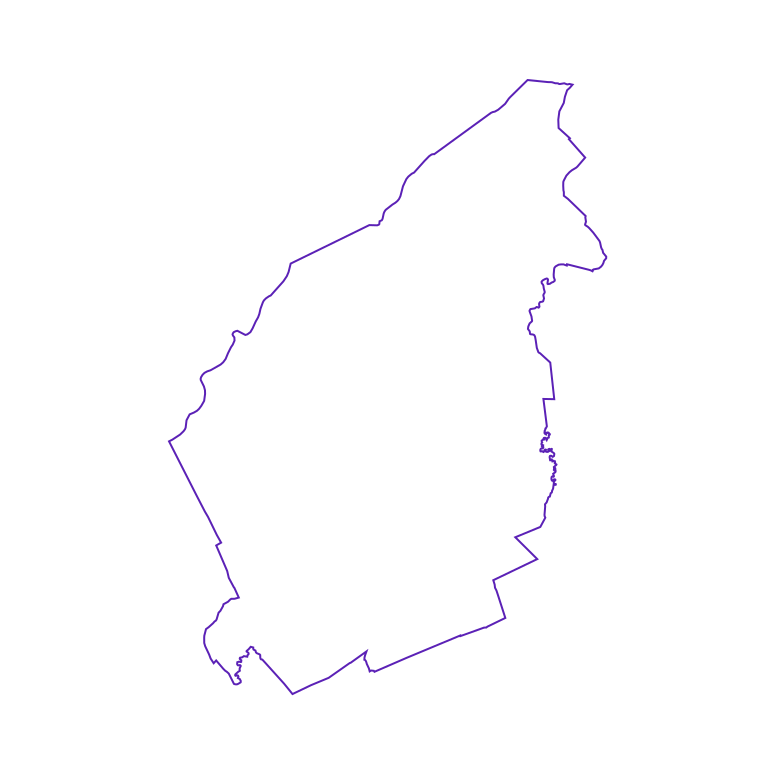 the district of Draganesti, Suceava, Romania, rotated 276°
{"feature_id": "2599482B31122548241895", "entity_name": "Draganesti", "entity_type": "district", "adm_level": 2, "iso_a3": "ROU", "parent_name": "Romania", "parent_adm1": "Suceava", "projection": "equal_earth", "projection_center": [26.414, 47.314], "detail": "fine", "context": "isolated", "style": "outline", "palette": "violet", "viewbox_px": 768, "rotation_deg": 276, "n_neighbors": 0, "source": "geoboundaries", "source_scale": "gbopen_adm2", "svg_char_len": 6094}
<svg xmlns="http://www.w3.org/2000/svg" viewBox="0 0 768 768"><g transform="rotate(276 384 384)"><path d="M333.0,560.2L334.5,557.4L335.9,557.7L336.9,557.7L337.0,557.4L336.7,556.9L335.9,556.8L335.4,556.5L335.4,556.1L336.7,555.3L336.5,554.6L336.0,554.1L335.5,554.2L335.1,555.0L334.4,555.1L333.7,554.2L333.5,553.2L333.7,552.1L334.1,551.8L335.6,551.9L335.7,551.6L335.5,550.9L335.0,550.5L333.3,550.1L333.0,549.7L333.7,548.2L333.3,547.1L333.4,546.7L334.2,546.4L335.3,546.4L336.0,546.8L336.3,547.2L336.4,548.1L336.8,548.8L337.3,549.1L338.2,548.9L338.0,548.1L338.5,547.6L339.8,548.5L339.9,548.3L339.8,547.4L340.0,547.1L340.8,546.8L341.7,547.0L342.3,547.4L342.8,547.0L344.1,546.7L344.4,546.9L344.6,547.5L345.5,548.0L345.6,549.0L346.7,548.5L347.1,548.7L347.3,549.3L347.3,550.4L345.3,551.7L347.4,552.4L348.0,553.5L350.4,553.2L350.7,553.4L350.8,554.0L351.4,554.2L351.8,553.4L352.7,552.9L352.9,552.3L352.9,551.9L352.4,551.7L352.3,551.4L352.5,550.6L350.8,550.4L351.4,549.2L352.1,548.7L354.4,548.7L355.6,549.2L356.7,549.2L357.1,549.7L358.9,550.4L385.8,544.1L386.7,554.9L422.7,547.1L430.9,536.0L431.4,534.7L431.8,534.2L435.9,532.2L443.4,530.3L446.8,529.3L448.0,528.6L448.5,528.0L448.8,526.9L448.8,524.6L449.1,524.0L451.6,523.4L453.8,521.4L456.3,521.5L459.5,522.5L461.7,524.5L462.3,524.7L466.6,523.6L471.5,521.2L472.3,521.1L473.8,521.8L475.0,526.1L476.5,527.7L476.5,528.2L476.1,529.8L476.4,530.1L477.1,530.5L479.6,529.9L480.4,529.9L481.2,530.3L481.9,530.8L482.3,532.6L482.9,533.6L485.8,534.2L488.8,533.2L489.7,533.3L491.7,534.2L492.4,534.2L495.8,532.9L498.3,532.3L499.3,531.8L500.7,530.4L502.0,530.0L502.7,530.3L503.8,531.2L505.0,532.9L505.9,534.7L505.8,535.5L505.3,536.0L504.8,536.2L501.3,536.0L500.7,536.2L500.5,536.6L501.0,538.5L502.4,540.1L503.2,541.7L504.4,542.9L505.3,543.0L508.0,541.7L510.6,541.3L516.3,541.2L517.5,541.4L518.9,542.4L520.9,545.2L521.4,547.3L521.7,550.1L520.9,553.4L522.2,553.5L519.0,575.9L518.7,577.5L517.9,579.6L518.7,579.9L519.4,579.8L519.9,580.5L521.4,585.5L523.4,587.6L525.3,588.8L527.1,589.5L529.6,590.0L532.2,591.8L533.9,591.7L537.4,588.2L540.3,587.2L541.1,586.4L542.7,585.6L547.3,584.1L548.8,583.3L556.3,576.4L560.5,571.8L561.7,570.2L563.0,567.6L563.7,567.3L566.5,567.9L570.8,566.8L572.1,567.0L587.3,547.6L590.0,543.2L593.7,542.8L595.4,542.2L600.0,541.5L603.7,541.2L605.0,541.5L610.3,543.6L614.0,546.3L616.2,548.5L619.2,552.5L620.4,553.6L630.2,560.4L646.8,542.3L647.8,543.2L656.8,530.9L665.1,529.7L673.5,529.9L682.3,533.4L688.5,533.9L695.3,535.4L698.1,537.9L701.4,540.2L701.8,537.0L701.2,535.5L701.2,534.5L701.9,531.8L700.7,527.5L700.7,526.7L701.2,525.5L701.0,522.9L701.7,519.4L701.4,515.5L701.3,495.0L683.0,479.9L680.9,478.3L675.3,475.2L668.7,468.9L666.5,465.8L665.8,463.7L664.8,462.0L617.8,409.9L617.8,409.0L617.2,407.3L615.3,405.1L610.0,400.9L597.4,391.8L596.0,389.6L592.8,386.5L590.1,384.8L582.6,382.2L572.6,380.7L569.5,379.6L567.4,378.2L565.5,376.4L563.3,373.6L557.4,367.5L555.6,366.5L553.7,365.9L548.1,365.3L546.6,364.7L545.4,362.6L542.5,362.6L541.9,362.2L541.1,360.6L540.5,352.8L494.0,278.6L485.4,277.4L481.1,276.1L475.6,273.2L460.2,262.1L459.2,260.4L456.8,257.6L454.5,255.8L452.6,255.0L445.9,253.3L440.7,252.7L437.1,251.8L432.8,249.9L425.6,247.5L421.6,245.7L419.1,242.9L418.3,241.0L421.6,232.6L420.9,230.8L419.8,229.1L418.5,228.4L417.4,228.2L416.3,228.8L414.7,230.3L411.6,230.8L407.4,229.5L404.6,228.0L398.2,225.6L392.4,223.9L388.8,221.8L386.3,219.5L379.5,210.0L378.1,206.9L376.3,204.3L374.2,202.6L371.7,201.4L370.1,201.1L368.9,201.3L362.7,205.2L359.1,206.6L355.5,207.1L348.5,206.9L347.5,206.5L343.2,204.6L340.0,202.7L337.8,200.8L335.7,197.9L333.5,193.9L327.3,191.4L319.9,191.3L318.2,190.8L316.1,189.6L312.4,186.5L306.5,179.3L304.5,176.2L253.9,209.0L238.4,219.2L233.4,222.9L216.4,233.5L209.2,238.6L205.9,234.0L181.6,247.6L175.0,249.9L166.0,256.0L165.8,256.4L156.4,261.9L154.8,257.9L154.4,254.6L153.7,253.7L151.1,251.6L148.2,247.4L146.2,247.1L141.3,245.0L139.3,243.4L132.3,242.1L131.1,241.5L130.1,240.3L128.2,239.0L123.9,235.1L121.6,232.6L114.9,231.6L112.8,231.7L107.6,232.3L104.5,233.6L96.6,238.4L92.8,240.3L88.5,243.8L91.5,246.0L83.9,254.0L82.2,256.1L81.4,257.7L79.8,259.9L70.1,266.1L69.8,267.4L69.9,269.1L70.6,270.4L72.3,272.6L73.7,272.6L75.5,271.4L76.3,269.4L77.8,269.8L78.7,269.3L78.9,268.9L78.3,266.8L78.6,266.5L79.6,266.5L80.1,266.9L82.8,269.3L83.4,270.4L83.8,270.6L85.1,270.2L86.2,270.2L88.6,271.0L89.1,270.6L89.4,270.1L88.9,268.3L89.1,267.9L90.1,267.2L92.0,267.2L92.7,268.8L92.5,270.4L92.7,271.0L94.3,271.0L95.4,269.4L96.1,269.2L96.7,269.4L97.4,271.6L98.7,273.1L98.5,276.5L99.9,276.6L101.1,277.5L101.8,277.5L102.5,277.2L103.6,275.3L104.1,275.3L106.2,277.2L108.7,278.9L108.3,281.5L106.8,281.7L106.2,282.1L105.5,284.0L103.7,284.7L103.0,285.6L102.1,288.6L101.5,289.2L98.7,289.6L97.7,290.1L97.3,290.6L97.2,291.8L94.2,295.2L75.5,316.0L66.1,325.4L76.9,343.0L86.0,359.7L103.0,379.2L103.2,379.9L116.2,394.5L112.0,393.5L110.0,393.2L107.8,393.3L107.8,393.7L106.9,394.7L105.5,395.5L103.9,396.1L99.6,398.7L96.7,399.8L97.7,401.1L97.7,403.9L96.8,404.6L113.9,434.9L141.9,486.2L141.3,486.4L152.2,509.0L152.5,511.2L153.5,512.2L164.0,529.1L186.2,519.3L190.4,517.4L193.0,515.7L196.1,515.0L200.3,513.2L225.9,554.7L245.3,530.6L258.2,554.4L267.9,558.4L269.3,557.6L270.6,557.3L279.0,557.1L281.2,556.7L283.2,558.1L287.0,559.1L288.3,559.2L289.0,559.8L289.4,560.7L292.8,561.2L293.4,562.0L294.0,562.3L295.3,562.3L297.6,563.1L301.3,563.2L301.7,565.3L301.9,565.4L302.5,565.2L302.6,563.9L303.0,563.2L303.5,563.1L304.7,563.3L306.4,564.5L306.8,564.4L307.0,564.1L307.0,563.2L306.4,562.6L305.3,562.0L305.3,561.5L306.0,560.8L307.1,560.4L308.9,560.4L309.5,560.8L309.8,561.2L309.5,562.3L309.8,562.6L310.3,562.6L312.4,561.6L314.1,563.5L314.7,563.8L316.3,563.6L316.5,563.2L315.9,562.3L316.3,561.9L317.3,562.0L317.6,563.1L317.9,563.2L318.3,563.0L318.4,561.8L319.2,561.6L321.5,563.8L322.0,563.9L322.9,562.2L324.1,562.4L325.0,562.0L324.8,561.4L325.4,560.8L325.4,560.4L324.7,560.0L324.6,559.5L326.5,558.8L326.5,558.5L325.5,557.4L325.5,557.2L328.7,556.3L329.8,556.6L330.1,557.4L330.0,558.2L329.2,559.2L329.5,559.9L330.2,560.6L332.3,560.7L333.0,560.2Z" fill="none" stroke="#5b21b6" stroke-width="2"/></g></svg>